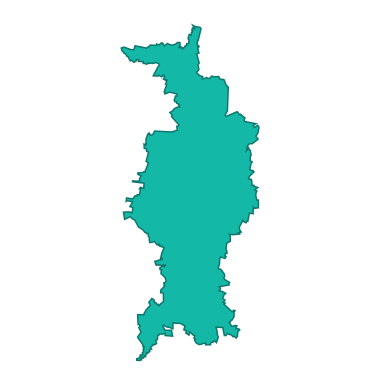 San Pelayo, Córdoba, Colombia (Mercator projection), rotated 268°
{"feature_id": "7082276B81203589950086", "entity_name": "San Pelayo", "entity_type": "district", "adm_level": 2, "iso_a3": "COL", "parent_name": "Colombia", "parent_adm1": "Córdoba", "projection": "mercator", "projection_center": [-75.907, 8.989], "detail": "fine", "context": "isolated", "style": "filled", "palette": "teal", "viewbox_px": 384, "rotation_deg": 268, "n_neighbors": 0, "source": "geoboundaries", "source_scale": "gbopen_adm2", "svg_char_len": 6013}
<svg xmlns="http://www.w3.org/2000/svg" viewBox="0 0 384 384"><g transform="rotate(268 192 192)"><path d="M71.2,227.7L78.6,220.1L79.8,221.3L80.6,219.3L82.8,221.2L84.6,218.9L88.7,220.7L88.8,221.6L89.6,222.1L91.8,218.2L92.4,215.6L94.6,217.1L96.4,215.9L97.8,225.8L98.9,225.6L100.3,226.4L103.3,221.7L105.1,220.8L106.7,221.7L108.8,221.5L113.8,218.1L114.5,215.4L119.6,217.1L122.3,217.1L125.5,217.9L126.0,218.2L124.5,222.7L126.2,223.8L126.9,222.8L129.5,223.3L129.4,224.8L131.4,224.9L133.8,224.0L139.6,224.9L141.4,228.6L147.4,228.7L148.4,228.0L147.9,231.4L148.3,238.3L148.9,238.3L149.7,237.1L150.3,239.8L152.0,238.5L155.0,238.0L161.9,241.8L160.9,242.0L159.3,244.9L160.9,245.6L160.6,246.7L168.9,248.6L168.1,252.3L174.7,252.8L173.5,254.0L173.9,257.8L181.6,258.1L181.6,256.5L186.3,255.6L188.7,255.9L190.7,256.9L191.9,254.7L194.2,257.9L195.5,254.1L196.4,254.3L196.8,251.9L199.0,252.3L202.1,251.9L202.8,251.4L202.6,249.7L203.2,248.9L205.5,249.9L209.9,254.6L211.2,253.7L210.6,253.4L211.6,252.2L212.0,250.5L218.1,251.9L220.0,253.2L221.3,251.2L225.8,251.6L226.6,252.4L231.6,251.7L233.1,250.2L235.2,250.0L233.0,249.4L231.4,247.9L235.7,248.9L238.2,250.7L238.2,254.0L242.4,259.8L243.1,259.8L244.5,258.2L245.6,257.9L248.7,260.0L254.5,261.2L256.4,260.0L254.7,257.4L254.9,255.9L256.5,255.7L258.0,258.4L260.7,246.9L263.1,246.9L264.1,247.5L268.0,243.2L267.6,242.4L270.7,239.9L266.3,228.7L267.6,227.8L271.8,230.2L295.4,231.9L298.2,229.6L302.9,228.1L303.4,227.5L303.5,224.5L304.7,223.4L306.5,222.8L306.3,218.0L307.2,216.1L306.8,215.2L305.2,214.4L304.9,211.7L306.0,210.5L305.1,208.8L304.8,206.2L307.0,206.7L308.0,203.8L311.2,200.7L311.8,200.8L313.0,202.5L314.5,203.2L318.7,202.4L320.6,203.7L330.1,201.5L330.6,203.8L336.3,202.6L336.7,203.0L336.4,203.7L337.5,204.1L339.0,202.1L343.4,203.0L343.4,203.5L354.9,206.7L356.2,205.9L357.3,200.9L358.6,198.6L355.1,200.5L355.8,198.2L353.8,197.5L353.6,198.3L352.2,198.0L351.3,197.7L351.6,197.1L348.7,196.5L349.6,194.7L346.0,193.5L345.7,194.0L344.5,193.7L344.2,194.3L340.5,193.8L340.4,191.8L338.6,191.8L338.2,190.1L337.2,189.9L336.4,188.9L336.6,188.4L335.3,187.8L338.1,185.5L337.5,185.1L336.0,186.0L336.9,185.2L336.9,184.0L337.4,184.1L337.5,184.8L341.0,185.3L341.9,184.9L342.0,184.1L341.7,182.4L340.1,180.3L339.4,176.5L341.3,172.5L338.8,169.5L341.1,168.3L341.2,167.6L341.8,167.8L342.1,166.5L340.0,164.1L341.2,161.9L339.8,161.4L340.3,155.6L337.4,151.8L340.1,140.2L336.0,138.8L336.5,135.8L339.2,128.9L338.3,126.3L335.5,127.0L334.7,128.3L333.3,128.5L332.5,130.3L329.8,131.7L329.4,133.0L326.7,134.1L326.3,133.5L326.5,134.3L325.8,135.2L325.0,134.4L325.6,136.5L323.6,138.6L325.0,140.9L326.3,140.9L326.2,143.2L324.4,143.0L323.9,147.8L322.2,147.8L322.0,149.9L321.2,151.2L322.5,152.3L321.9,153.4L322.3,156.6L321.8,157.2L322.6,160.7L321.4,163.2L319.7,163.9L318.7,162.6L309.5,157.3L309.0,162.0L309.9,162.9L308.1,165.7L309.9,167.3L309.7,168.0L309.0,167.7L308.1,168.9L305.9,167.3L304.6,169.6L305.1,169.7L304.7,170.9L300.7,169.3L300.0,170.4L293.2,167.7L293.1,168.4L291.0,168.3L292.6,173.3L290.4,180.6L288.3,180.2L288.5,178.8L284.2,177.4L282.8,178.1L282.9,179.5L281.3,179.7L280.2,181.8L280.1,181.4L277.5,182.7L277.4,180.6L275.9,177.2L273.5,175.2L272.3,172.6L269.4,174.9L268.0,174.2L260.1,180.8L258.5,181.0L258.2,179.0L254.2,179.5L253.1,175.0L252.6,174.9L254.2,156.8L250.7,154.7L250.1,152.7L252.3,151.3L251.4,151.0L251.9,150.6L251.3,149.8L246.3,147.8L241.3,147.9L241.7,147.4L240.6,147.4L241.5,145.7L237.3,145.8L236.9,147.9L234.3,148.0L233.4,150.0L224.2,147.2L222.6,149.4L213.5,145.6L214.0,144.9L213.0,142.9L213.0,138.6L211.5,138.5L209.9,141.8L207.2,140.0L204.6,140.0L205.2,133.0L204.3,132.9L202.5,144.4L197.3,143.9L198.5,140.6L196.8,139.6L196.5,140.7L190.8,139.2L191.4,137.2L190.0,136.6L190.1,134.9L187.2,132.5L188.3,126.4L184.9,125.9L185.5,127.0L184.4,132.4L179.6,129.4L178.8,131.7L178.0,132.4L173.1,131.2L174.3,129.0L174.3,122.8L167.0,123.7L169.6,129.7L167.9,130.7L165.8,133.9L158.9,137.3L155.5,142.1L153.5,143.2L153.0,144.6L152.0,145.0L152.0,147.0L149.5,146.7L147.5,147.9L146.0,147.6L143.0,148.0L143.1,150.7L144.0,152.6L140.3,155.3L141.2,157.1L139.8,157.0L139.8,158.1L139.1,157.8L138.4,159.5L138.8,160.1L138.3,160.1L137.3,162.2L132.6,159.9L126.6,158.2L126.8,159.9L125.3,159.8L125.4,158.2L124.0,152.4L120.0,153.7L120.9,155.7L120.0,156.1L120.0,162.7L119.3,162.8L118.5,161.7L118.9,159.4L117.2,157.1L115.6,157.4L115.4,158.7L111.6,158.1L107.6,161.9L104.2,163.1L102.2,161.8L102.2,160.7L99.5,160.8L99.0,161.4L95.0,157.3L92.4,157.2L92.7,158.1L91.7,159.8L83.6,159.7L80.9,156.2L79.9,155.9L79.6,154.9L80.7,154.5L80.3,153.9L82.9,151.7L82.7,150.8L85.4,150.3L87.0,148.2L83.2,144.9L81.1,146.2L80.1,146.3L76.2,142.3L72.1,139.8L71.0,139.8L71.3,133.4L61.4,133.5L61.5,134.5L60.0,135.5L58.4,134.1L53.8,136.1L48.8,132.5L40.8,137.7L39.8,137.6L39.3,138.3L39.3,137.7L37.9,138.4L37.5,138.0L36.9,138.5L35.9,137.7L34.0,138.0L33.0,136.7L31.3,137.2L30.8,134.5L29.4,134.9L29.2,134.1L28.1,134.2L27.3,130.9L25.8,130.9L25.4,134.0L26.0,135.6L26.8,135.5L27.6,136.6L28.5,136.7L27.8,137.4L28.6,137.9L29.0,139.8L30.0,139.1L30.5,140.2L31.9,140.5L32.0,141.4L33.2,141.1L32.8,142.7L34.5,144.5L35.7,143.8L36.3,144.1L36.7,145.1L36.4,145.9L38.1,145.2L39.6,146.8L41.0,147.3L40.4,148.2L41.7,151.3L44.9,150.5L45.7,152.3L49.6,152.6L50.0,153.8L51.2,154.4L51.0,157.5L51.8,160.1L49.5,160.1L48.6,167.6L54.5,166.7L54.8,160.1L59.0,158.2L59.9,159.0L58.0,162.0L57.6,164.5L55.9,168.1L62.1,168.5L61.4,170.6L61.1,175.7L58.4,180.3L54.5,179.0L53.6,181.6L51.3,180.9L49.1,184.0L52.5,184.7L49.0,188.2L48.3,189.9L45.8,188.8L44.8,190.2L44.0,189.4L41.1,190.8L39.3,193.6L39.5,196.2L40.5,198.0L40.2,200.5L38.8,200.3L38.7,205.2L41.0,205.7L41.1,207.8L42.7,209.1L40.6,211.2L46.1,213.2L49.1,212.2L51.0,212.4L56.1,211.3L55.5,218.0L47.5,219.3L47.3,220.8L49.5,222.7L48.3,224.1L48.2,225.9L45.9,228.0L46.3,229.3L44.5,231.0L46.0,232.3L50.9,233.0L52.4,234.9L53.4,234.3L54.0,231.0L56.8,232.2L57.1,230.3L56.3,227.1L60.4,224.7L60.8,225.8L62.6,226.5L62.5,227.4L65.8,229.6L68.8,229.9L69.7,229.3L71.8,230.9L72.4,229.4L71.6,229.0L71.2,227.7Z" fill="#14b8a6" stroke="#0f766e" stroke-width="1.5"/></g></svg>